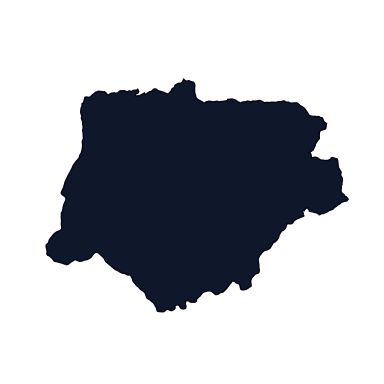 Argelia, Cauca, Colombia (Albers equal-area conic projection), rotated 261°
{"feature_id": "7082276B47350774570245", "entity_name": "Argelia", "entity_type": "district", "adm_level": 2, "iso_a3": "COL", "parent_name": "Colombia", "parent_adm1": "Cauca", "projection": "albers", "projection_center": [-77.261, 2.327], "detail": "fine", "context": "isolated", "style": "filled", "palette": "ink", "viewbox_px": 384, "rotation_deg": 261, "n_neighbors": 0, "source": "geoboundaries", "source_scale": "gbopen_adm2", "svg_char_len": 5986}
<svg xmlns="http://www.w3.org/2000/svg" viewBox="0 0 384 384"><g transform="rotate(261 192 192)"><path d="M156.9,39.7L155.4,39.6L153.9,39.0L152.7,39.2L152.0,39.8L151.7,40.6L150.6,41.8L147.9,43.9L145.5,45.0L144.8,46.2L144.1,48.4L143.4,49.6L142.4,52.1L139.9,56.7L140.2,58.7L142.0,61.6L142.8,64.1L143.7,65.5L143.3,66.6L141.8,68.9L141.2,70.5L141.1,72.6L141.6,74.0L141.8,78.1L142.4,80.1L143.2,81.8L146.6,85.3L147.5,86.8L147.5,87.9L146.7,90.0L140.7,94.7L136.8,96.0L127.6,104.0L125.3,107.3L124.0,108.6L123.3,109.8L122.6,111.2L122.2,112.8L120.2,115.4L119.8,117.7L119.3,118.3L116.7,119.4L115.8,119.6L113.5,119.8L112.8,120.1L107.8,123.0L106.7,124.3L103.8,126.0L101.1,129.1L100.2,129.6L99.4,130.0L94.6,130.9L94.0,131.3L91.8,133.9L90.5,134.9L88.8,136.5L87.3,137.3L85.1,138.0L83.7,138.7L79.8,139.2L79.4,139.9L78.7,142.6L78.3,145.2L78.9,146.7L80.2,148.6L80.0,149.5L79.6,150.3L78.4,152.3L78.1,153.3L78.2,153.9L78.4,154.8L79.1,156.3L79.7,156.8L80.4,157.1L82.0,157.3L82.6,157.7L82.9,159.3L82.6,160.7L82.1,161.5L79.0,162.8L78.2,164.3L77.9,165.3L78.0,166.6L78.3,167.4L78.9,167.8L79.7,168.0L83.6,168.0L85.1,168.7L85.3,169.2L85.5,169.9L85.3,171.4L84.2,172.5L83.3,173.8L82.8,177.7L83.4,179.0L85.7,179.9L88.4,184.1L90.4,185.9L91.5,188.1L91.9,191.7L91.9,193.3L91.3,195.0L90.3,196.4L87.2,199.1L86.9,199.8L87.1,202.2L88.1,203.6L88.4,206.9L89.8,209.0L91.0,210.7L95.5,215.3L96.4,216.5L97.8,217.7L97.6,219.3L97.2,220.0L95.3,221.6L94.3,223.7L93.8,224.3L92.3,224.8L89.8,224.9L88.2,225.2L87.7,225.8L87.4,227.3L87.4,229.7L87.6,230.5L88.5,232.7L89.0,233.2L89.3,234.0L89.3,234.7L89.8,235.5L90.5,235.8L93.7,235.8L96.0,236.3L98.0,237.6L101.0,241.5L101.3,242.5L101.6,244.8L102.1,245.4L103.5,246.0L104.6,246.2L107.0,246.2L110.5,246.6L115.3,246.7L118.1,248.4L121.0,251.3L122.0,252.7L123.0,254.8L123.1,257.1L124.3,260.0L124.8,260.6L129.1,264.1L129.9,266.3L131.3,268.4L132.0,269.0L133.5,270.4L135.7,271.1L138.2,273.2L139.4,274.3L140.3,276.9L140.7,277.5L142.4,279.0L144.2,279.9L145.4,280.7L145.7,281.3L145.7,282.1L145.2,284.4L145.3,285.8L145.8,286.7L146.7,287.1L148.1,288.9L148.8,290.5L149.0,291.4L149.4,292.0L149.7,294.2L150.3,295.8L150.3,296.8L150.8,298.6L151.1,298.7L151.6,298.1L153.7,298.5L155.1,298.1L156.0,298.1L156.4,298.9L156.1,300.0L157.0,300.0L157.4,301.3L158.0,301.7L158.2,302.4L158.3,303.2L158.2,303.7L157.4,304.0L156.2,305.0L155.0,304.9L154.4,305.6L153.4,308.9L152.9,309.4L152.4,310.4L152.5,311.6L151.5,312.2L150.9,313.1L150.6,314.1L149.8,314.0L149.7,314.5L150.4,316.1L150.3,318.5L151.4,322.8L152.4,324.5L152.9,328.2L153.9,329.3L156.0,333.4L156.7,334.2L157.0,335.7L158.3,337.8L158.6,338.6L158.9,340.8L159.1,343.5L160.3,345.0L161.5,344.7L162.1,344.1L163.1,343.6L163.3,342.6L165.4,341.8L166.1,341.2L166.8,340.4L168.2,339.4L169.2,339.3L170.1,339.3L172.2,339.9L173.9,340.2L175.1,340.6L176.0,341.2L177.9,341.5L179.8,342.3L182.1,342.5L183.0,342.3L184.2,341.7L185.7,341.4L188.0,342.3L188.5,342.3L192.8,340.5L194.6,340.4L200.6,340.7L202.0,340.3L203.9,336.0L203.9,334.9L203.1,334.5L202.6,333.8L201.9,331.5L202.2,328.2L203.1,325.7L203.3,324.3L203.9,323.4L205.4,322.1L206.8,319.9L207.1,318.2L207.0,315.6L207.7,315.3L210.5,315.3L211.6,315.0L212.5,313.9L214.8,318.4L216.2,319.1L218.4,320.8L220.5,321.5L221.0,322.2L223.3,324.1L223.9,325.0L225.1,326.1L227.9,326.4L230.7,327.1L232.0,327.7L232.9,329.2L233.2,332.8L233.7,333.8L234.3,334.2L237.5,335.0L238.5,335.5L240.1,333.8L241.2,333.1L244.1,332.5L245.0,332.0L245.1,330.9L245.3,330.5L246.4,329.4L246.8,328.6L246.8,326.7L247.3,325.9L247.7,323.2L249.0,319.9L255.7,316.8L257.6,315.6L259.2,313.8L260.4,312.2L263.1,310.2L263.7,308.9L264.2,303.5L264.9,302.2L265.6,301.2L265.8,300.9L265.7,299.7L266.3,298.6L267.3,297.6L267.5,297.0L267.6,296.4L267.2,294.1L267.6,291.8L267.3,288.9L268.1,285.2L268.2,281.9L268.7,280.3L268.8,277.8L269.4,276.7L270.5,275.4L271.7,273.4L271.8,268.5L272.3,266.2L272.0,265.2L271.3,264.2L272.2,263.6L273.1,260.7L272.5,259.3L272.9,256.9L272.7,255.2L272.0,253.2L273.2,252.6L274.0,250.9L274.6,250.7L275.5,249.8L277.5,246.3L277.8,241.9L276.9,241.4L276.6,240.0L276.6,235.6L276.8,234.1L276.6,233.1L277.7,230.8L277.6,227.0L278.3,225.4L278.6,223.8L279.0,223.3L278.8,220.5L278.5,219.3L277.8,218.3L277.7,217.8L279.2,216.4L282.7,211.8L283.6,211.2L285.0,210.5L286.3,210.6L289.8,210.1L290.6,210.2L292.9,210.5L297.6,211.5L298.1,211.5L299.4,211.0L300.2,210.4L301.1,208.2L302.2,206.7L302.4,205.7L302.2,204.3L302.4,203.5L303.4,202.3L304.6,201.4L302.4,199.9L301.7,199.1L301.3,198.4L301.2,197.5L301.4,195.7L300.2,192.3L299.0,191.2L297.7,190.7L297.4,189.3L296.9,188.4L295.0,187.2L293.6,185.3L292.6,184.4L292.5,183.7L293.0,182.3L294.9,179.5L297.2,174.5L297.9,173.7L299.1,172.9L299.6,171.2L299.5,170.3L297.6,167.4L297.4,165.2L296.0,162.4L295.9,160.9L296.1,160.3L297.1,160.3L295.3,155.4L295.4,152.8L295.6,151.5L296.6,151.2L297.6,151.5L298.3,154.1L298.6,154.5L299.8,155.1L301.9,154.4L301.3,153.2L301.2,152.6L301.6,149.9L301.4,149.2L300.6,148.1L301.7,145.8L301.1,144.1L301.2,143.2L302.6,141.2L303.1,136.8L302.2,135.3L301.4,134.3L301.4,131.8L302.0,131.0L302.1,128.3L302.0,127.2L300.8,124.4L301.2,123.6L303.4,122.4L304.7,121.2L304.8,119.4L305.2,118.8L306.1,115.4L305.5,112.5L303.4,108.8L301.8,106.7L301.5,105.1L302.2,103.0L302.3,101.4L302.1,101.1L301.6,100.7L300.3,100.4L299.7,99.9L298.6,99.6L297.2,98.9L296.4,97.3L295.8,97.1L294.8,97.2L292.0,95.6L288.7,94.7L287.5,94.6L284.1,95.1L283.2,94.9L282.6,94.4L280.9,94.5L278.3,95.2L276.1,94.6L274.0,94.8L272.4,94.6L269.9,93.7L268.0,93.8L262.1,93.2L261.4,93.0L259.9,92.0L258.6,91.5L255.5,91.4L251.2,90.3L249.4,89.4L248.2,89.0L245.8,87.0L244.9,86.5L243.6,86.2L243.0,85.8L239.9,81.8L236.5,78.7L234.8,77.7L231.6,75.4L226.8,71.7L221.7,68.3L215.8,65.6L215.2,65.0L211.9,62.9L211.1,62.8L209.8,63.4L207.3,65.9L206.4,66.5L204.6,66.5L203.8,66.2L198.9,63.1L192.9,61.0L192.0,60.0L191.1,59.7L186.4,58.9L184.0,58.8L182.2,58.3L179.8,57.9L177.6,58.0L175.8,57.5L175.1,56.9L174.5,55.7L173.9,53.0L173.3,51.3L171.9,48.8L167.5,44.1L165.9,43.0L165.1,42.9L164.1,42.4L163.0,40.4L162.4,39.8L160.3,39.4L156.9,39.7Z" fill="#0f172a" stroke="#020617" stroke-width="1.5"/></g></svg>